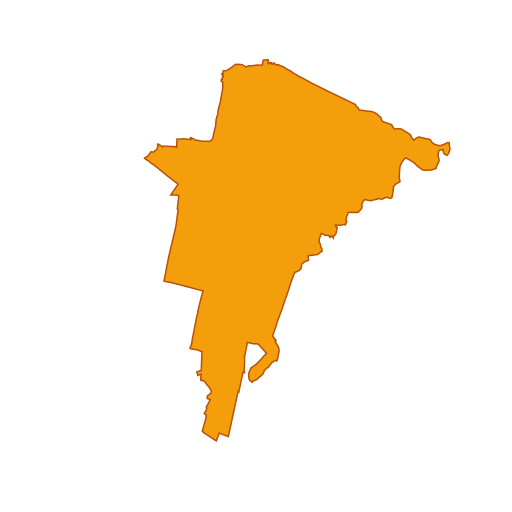 Sagna, Neamt, Romania, rotated 292°
{"feature_id": "2599482B81095036257311", "entity_name": "Sagna", "entity_type": "district", "adm_level": 2, "iso_a3": "ROU", "parent_name": "Romania", "parent_adm1": "Neamt", "projection": "equal_earth", "projection_center": [27.059, 46.971], "detail": "fine", "context": "isolated", "style": "filled", "palette": "amber", "viewbox_px": 512, "rotation_deg": 292, "n_neighbors": 0, "source": "geoboundaries", "source_scale": "gbopen_adm2", "svg_char_len": 6093}
<svg xmlns="http://www.w3.org/2000/svg" viewBox="0 0 512 512"><g transform="rotate(292 256 256)"><path d="M433.5,392.5L433.1,391.4L432.7,390.9L430.8,389.3L428.1,386.5L427.1,385.0L426.6,382.1L426.5,379.6L426.6,379.0L427.0,377.3L427.6,376.0L429.0,374.2L429.2,372.6L428.8,371.2L428.3,369.0L428.1,367.6L428.0,365.6L427.5,364.2L427.5,362.5L425.3,360.4L422.5,358.9L423.5,357.4L423.8,356.4L424.2,355.7L425.7,354.5L426.0,353.4L426.5,353.2L426.4,352.6L426.5,351.9L426.7,351.5L427.3,349.7L427.1,348.6L427.3,347.9L427.8,345.4L428.2,344.2L428.0,342.0L427.0,339.4L426.0,338.0L425.9,337.5L425.9,336.7L426.2,335.6L427.2,334.1L427.8,333.6L428.3,332.7L428.5,332.4L428.6,332.1L428.2,325.5L428.2,323.4L428.4,322.2L431.1,320.0L431.9,317.9L432.2,316.7L433.1,314.7L433.1,313.5L433.3,312.5L433.3,309.0L432.3,305.8L432.0,305.6L431.9,304.2L431.7,303.7L431.5,302.1L431.1,301.2L430.9,300.2L430.6,299.3L430.2,297.7L430.1,297.0L430.3,296.4L431.8,295.2L432.0,293.6L432.4,293.0L432.9,291.9L433.1,291.6L433.7,291.5L435.7,261.6L437.1,243.3L438.6,230.6L438.5,228.7L438.9,227.5L439.7,221.5L440.3,219.7L440.5,218.7L440.9,213.1L441.0,212.8L441.5,212.1L441.7,211.7L441.5,210.5L441.7,208.7L441.4,208.0L441.8,205.3L441.6,204.4L440.9,203.6L440.9,201.9L441.6,201.3L441.5,201.1L441.5,200.8L441.7,200.3L441.6,200.0L440.4,199.9L440.0,199.7L439.8,199.0L439.8,198.7L440.0,198.2L440.9,198.2L441.0,197.8L440.9,197.3L440.7,197.2L440.8,197.1L440.7,196.7L440.4,196.3L439.0,195.6L438.8,195.0L440.0,194.5L441.1,194.5L442.2,194.1L442.4,193.7L442.3,193.0L440.9,190.5L440.7,189.8L440.2,189.3L438.1,189.9L437.3,189.8L436.0,190.3L434.9,190.0L434.9,189.4L434.6,188.2L433.8,186.9L433.5,185.3L432.6,184.0L430.8,180.8L429.4,177.6L427.7,176.4L427.6,175.9L428.1,171.5L428.0,170.6L427.2,168.1L426.3,166.3L426.2,165.4L424.3,164.3L420.4,161.8L419.3,161.2L418.4,160.5L417.2,159.4L416.3,158.3L415.3,156.2L413.0,157.0L412.6,156.2L411.7,156.1L411.6,156.8L411.6,157.7L411.4,157.9L411.1,157.6L410.5,157.7L410.4,158.1L410.1,158.3L410.1,158.1L409.9,157.7L407.4,158.4L406.9,158.7L406.7,158.6L406.7,157.8L404.8,158.4L404.8,159.5L404.7,160.1L400.2,161.9L396.8,162.9L394.7,163.2L392.7,163.7L391.7,163.8L386.8,165.0L376.6,166.3L375.5,166.8L373.0,167.4L371.3,167.6L370.6,167.4L369.6,167.7L368.1,167.8L362.3,169.5L361.3,170.1L359.9,169.9L358.5,170.3L354.1,170.8L348.3,171.9L346.6,171.0L345.5,170.8L344.6,169.3L344.5,168.7L343.9,167.1L342.6,164.5L342.6,164.1L342.4,162.9L341.7,160.8L341.4,158.3L341.0,157.6L340.9,157.0L340.8,156.1L341.2,154.4L341.3,151.0L340.9,150.9L339.7,152.1L338.7,149.1L338.3,148.1L337.9,145.8L337.0,143.7L336.2,142.7L336.1,142.2L334.8,138.9L327.2,141.7L327.4,141.1L327.4,140.6L326.9,139.9L326.6,138.9L326.1,138.4L326.3,138.2L326.5,138.1L325.6,135.9L323.3,129.2L322.9,128.6L322.1,128.6L323.0,125.0L323.1,123.2L322.8,122.8L321.6,123.7L317.6,124.1L317.1,123.9L316.2,123.1L314.4,122.2L314.1,121.9L314.0,121.5L313.4,120.9L313.3,120.4L313.4,119.6L307.2,118.0L306.6,116.9L305.0,116.0L304.7,116.0L303.7,121.5L302.8,123.6L302.3,126.8L297.0,144.0L293.6,156.2L293.3,156.9L280.6,154.1L283.0,160.3L283.1,161.8L270.1,165.4L269.9,166.6L269.3,166.6L264.6,167.7L256.1,170.0L251.6,170.9L223.5,175.2L213.4,177.1L212.0,177.4L198.2,180.1L198.9,184.2L199.5,186.1L199.5,186.9L202.5,209.6L203.6,218.9L203.8,220.1L198.0,220.6L192.1,221.4L183.1,222.7L181.5,223.2L174.7,224.3L159.7,227.2L154.9,228.1L154.2,228.4L151.5,228.9L151.6,229.0L148.6,229.3L145.8,229.2L145.5,230.9L147.0,236.5L147.0,240.8L147.2,241.7L129.4,248.1L126.4,244.6L123.4,246.8L125.8,249.3L120.1,251.3L120.1,251.9L120.4,252.5L120.7,253.6L120.4,255.1L119.3,257.1L118.4,258.4L117.1,261.1L115.6,263.4L114.2,265.1L113.6,265.4L111.9,265.5L111.2,265.3L109.1,263.8L107.9,263.4L107.0,263.4L106.3,263.7L105.5,264.3L105.9,266.4L105.6,266.6L105.7,267.3L99.0,266.8L97.9,266.3L96.2,267.4L94.8,267.6L93.2,267.5L91.6,267.0L90.7,267.0L90.3,267.2L90.4,269.2L90.3,269.3L88.6,269.6L88.0,270.2L73.4,271.8L73.0,273.5L72.7,273.4L69.6,288.4L78.0,288.3L78.2,298.0L123.9,290.1L123.5,291.0L143.3,287.5L143.4,289.0L146.9,287.3L152.6,285.5L159.0,282.8L159.1,283.0L172.7,280.4L173.5,285.9L175.2,291.0L169.7,302.2L166.1,300.7L161.7,299.3L155.6,296.7L150.4,293.3L147.3,293.1L144.1,293.3L141.6,294.4L138.9,296.0L138.1,297.6L137.4,299.6L139.2,300.4L141.6,302.9L146.6,305.4L149.6,306.8L152.5,306.6L156.1,307.9L157.0,309.0L163.1,310.6L166.4,313.0L166.4,314.6L169.8,314.5L172.1,313.8L175.6,313.3L177.0,312.8L178.6,312.0L180.5,310.4L181.4,309.3L181.9,308.6L183.5,305.8L184.9,306.4L185.2,306.2L185.7,305.4L185.9,304.5L186.2,304.6L188.1,301.3L198.2,300.9L204.1,300.3L207.5,300.2L208.5,300.3L210.6,300.2L210.8,300.0L211.0,300.0L215.2,300.1L227.0,299.3L231.0,299.3L244.4,298.3L250.5,298.1L255.4,298.1L256.5,299.5L258.9,301.6L261.0,302.5L265.7,301.5L268.8,303.1L271.6,306.3L275.8,304.2L280.3,312.4L285.5,315.5L286.0,314.7L287.4,314.5L288.1,313.2L290.0,312.0L292.0,310.2L292.6,309.3L295.4,308.3L299.4,308.2L301.5,308.2L301.1,312.2L301.4,313.0L302.1,315.4L302.3,315.6L302.3,315.8L302.0,316.8L301.1,317.1L301.1,318.0L302.7,318.6L303.3,319.2L301.7,320.8L303.2,320.6L303.8,320.8L305.1,321.4L306.8,321.7L312.7,320.7L313.2,320.3L313.1,319.9L313.2,319.1L314.5,318.1L315.6,321.6L316.1,322.8L318.0,325.4L318.2,325.8L318.3,327.2L318.8,327.3L320.1,326.9L321.3,327.4L322.4,326.9L322.5,326.4L322.7,326.1L323.1,325.9L323.7,325.9L326.1,325.3L328.1,325.3L328.7,325.4L331.0,325.2L334.4,333.8L334.8,334.4L335.8,334.7L338.8,335.9L340.6,336.1L343.3,335.0L344.8,334.6L346.8,334.9L348.9,335.5L349.6,338.4L349.9,341.1L350.4,341.9L352.5,344.7L353.8,346.6L353.9,347.0L355.4,348.4L355.5,350.1L355.9,351.5L356.9,352.6L358.5,353.8L359.2,355.5L359.7,355.8L359.6,358.8L360.8,360.1L362.6,359.9L365.9,359.2L370.5,358.1L371.8,357.4L375.0,358.6L378.9,361.7L382.1,359.5L389.1,357.1L393.7,355.8L399.5,356.5L403.1,357.9L402.3,364.6L401.4,368.2L399.8,372.2L398.2,377.9L398.7,380.4L401.3,386.2L404.6,390.1L407.1,389.8L409.5,390.1L412.2,390.1L413.8,389.8L416.2,387.9L418.7,386.7L421.4,386.2L422.6,386.1L424.7,389.5L422.7,390.7L421.1,392.5L420.8,394.5L421.0,395.4L421.8,395.8L423.1,396.0L427.4,396.0L431.5,393.6L433.1,392.8L433.5,392.5Z" fill="#f59e0b" stroke="#b45309" stroke-width="1.5"/></g></svg>